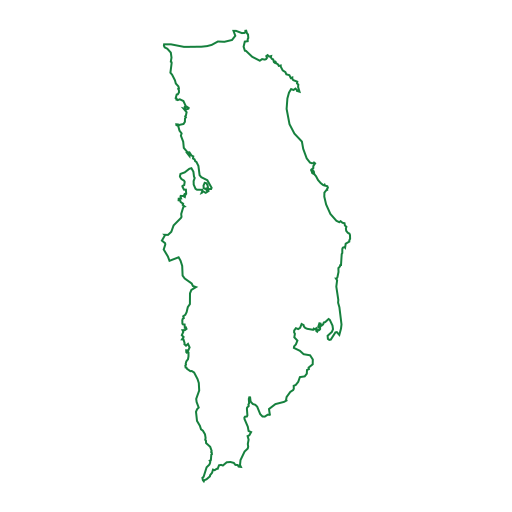 outline of Bangka, Bangka-Belitung, Indonesia
{"feature_id": "22746128B27585215741432", "entity_name": "Bangka", "entity_type": "district", "adm_level": 2, "iso_a3": "IDN", "parent_name": "Indonesia", "parent_adm1": "Bangka-Belitung", "projection": "equal_earth", "projection_center": [105.919, -1.936], "detail": "fine", "context": "isolated", "style": "outline", "palette": "green", "viewbox_px": 512, "rotation_deg": 0, "n_neighbors": 0, "source": "geoboundaries", "source_scale": "gbopen_adm2", "svg_char_len": 6038}
<svg xmlns="http://www.w3.org/2000/svg" viewBox="0 0 512 512"><path d="M336.8,332.1L339.3,334.9L341.0,328.6L341.5,324.5L339.4,307.3L338.1,302.7L338.3,299.9L336.3,286.6L337.1,280.3L336.0,278.6L336.6,278.6L337.4,277.3L338.5,272.0L338.4,268.1L339.9,266.5L340.2,265.2L341.0,265.1L341.7,254.1L342.3,253.0L342.3,249.0L342.8,247.7L344.6,247.0L345.1,247.6L345.7,243.7L349.3,241.6L349.3,240.3L350.1,238.8L350.0,235.1L349.4,233.6L347.8,232.8L346.2,230.8L345.9,228.5L346.4,226.8L344.9,225.5L344.5,223.2L342.5,222.8L340.6,221.2L339.3,222.2L336.4,220.8L330.4,214.0L326.1,204.4L324.3,196.7L324.4,192.6L326.4,190.1L327.2,189.9L327.1,188.8L327.9,187.7L327.3,186.2L324.9,185.6L324.6,184.8L324.1,185.4L323.1,185.0L320.7,183.1L318.0,180.0L316.0,176.2L314.3,174.2L314.0,172.6L313.1,173.6L312.1,172.9L311.9,171.7L313.0,171.7L313.2,170.9L312.8,170.3L311.2,170.3L311.2,169.7L313.3,168.1L313.3,166.1L315.1,163.4L314.1,162.6L313.8,163.2L311.8,163.2L310.0,162.6L306.7,158.4L303.2,148.8L301.9,141.6L294.4,133.6L289.5,124.2L286.6,108.9L287.4,98.4L289.0,92.6L291.1,89.1L293.5,90.0L295.5,88.6L297.0,90.2L297.0,90.9L299.5,91.7L298.1,87.0L298.3,84.6L297.0,83.4L297.3,81.7L293.2,80.1L292.3,78.8L292.3,77.5L290.8,78.1L289.4,75.2L286.3,74.3L285.4,72.1L282.7,70.4L280.7,66.6L280.7,65.5L278.8,65.9L277.9,64.3L275.6,62.9L275.8,62.2L275.2,61.5L274.3,61.4L274.3,62.4L273.9,62.1L273.2,59.4L271.9,58.9L270.8,57.3L271.1,56.1L269.2,56.6L267.6,55.1L266.3,56.1L267.0,57.9L266.1,59.1L264.8,59.6L262.1,59.1L259.8,60.7L252.2,56.8L246.0,50.9L244.9,50.7L243.6,46.7L244.8,41.6L247.7,41.2L247.7,39.1L248.3,38.0L248.0,34.4L247.0,33.4L246.2,30.7L245.4,30.8L245.4,32.1L244.6,32.9L241.9,33.1L236.1,30.9L233.5,30.9L235.3,35.8L232.0,40.0L224.4,41.8L217.9,41.5L211.7,44.9L207.1,46.1L201.6,46.7L184.1,46.9L170.8,44.3L164.1,44.3L163.9,45.7L164.7,47.4L167.3,48.7L170.8,52.6L171.5,57.6L170.8,61.7L171.6,62.3L171.6,63.3L170.4,72.7L172.1,74.7L175.0,80.4L175.8,83.5L178.4,86.4L178.9,88.3L178.2,88.9L178.9,90.0L179.0,92.3L177.8,94.3L176.7,94.5L175.7,98.1L176.6,98.6L176.4,99.6L177.7,100.1L179.8,99.3L183.4,101.0L185.8,106.2L184.8,106.7L184.9,107.6L186.8,106.7L188.7,108.0L188.4,108.7L186.6,109.3L183.5,108.5L186.6,112.2L185.9,115.5L185.2,116.3L185.9,117.3L185.0,118.5L184.9,121.8L183.5,124.0L179.3,124.9L178.3,126.3L179.5,130.7L181.6,133.4L180.9,135.7L183.2,141.7L183.8,147.9L187.6,152.4L189.4,152.3L191.5,155.5L193.3,156.4L193.0,158.5L194.6,159.4L195.2,161.2L196.4,161.9L198.4,165.9L199.6,175.2L201.3,177.2L207.3,180.2L211.6,187.8L211.1,189.0L205.9,189.2L207.4,191.0L209.2,190.6L205.7,192.8L202.5,191.1L202.0,192.7L201.6,192.9L202.5,190.7L202.2,189.8L196.9,189.7L195.5,188.8L193.7,184.6L193.6,181.1L194.7,178.0L194.0,176.6L193.4,171.7L191.4,168.2L189.3,168.8L184.7,172.4L180.5,173.9L179.9,176.2L180.2,177.1L181.4,179.0L184.1,180.7L184.7,181.9L184.2,185.1L182.5,185.9L182.4,186.6L184.0,189.7L185.9,189.7L186.2,193.8L185.8,194.4L184.7,194.0L184.3,194.5L185.0,196.1L184.8,197.0L183.2,196.0L180.7,195.9L180.5,196.7L181.1,198.5L178.7,198.7L178.6,200.3L180.2,200.6L180.7,202.1L183.1,203.7L182.7,204.9L184.5,206.4L183.5,206.6L182.7,209.0L181.2,214.0L181.5,216.9L180.9,218.0L173.6,225.4L171.3,231.8L168.0,234.9L164.6,234.8L165.0,235.2L161.9,240.6L165.1,243.2L165.3,244.5L163.7,249.5L167.9,256.5L169.5,260.8L178.6,257.3L180.5,260.6L182.2,265.9L182.6,275.6L184.7,278.5L191.7,283.5L192.9,286.0L196.0,287.1L191.4,289.9L190.0,293.3L189.9,304.1L187.8,307.1L186.6,312.2L185.3,314.8L183.2,316.3L183.8,318.1L182.7,318.9L182.3,320.2L182.4,323.7L183.0,324.4L184.6,324.5L184.8,327.7L185.9,327.4L186.5,328.9L184.9,330.1L182.5,330.2L183.3,331.9L181.8,335.2L183.6,337.0L182.0,339.4L183.5,339.5L184.6,343.1L184.4,344.2L186.0,345.7L188.0,343.9L189.6,347.4L188.3,350.4L186.2,350.3L186.3,352.2L186.8,352.7L187.9,352.1L188.5,352.5L188.5,356.3L188.0,359.2L186.3,361.4L185.7,363.8L186.0,364.7L185.3,365.6L185.6,367.5L186.5,367.7L187.0,368.8L190.4,371.2L191.7,371.0L194.1,372.5L197.5,379.0L198.8,383.0L199.2,390.5L196.2,398.9L196.6,402.0L198.7,407.6L197.1,409.2L196.0,411.8L197.0,420.9L199.9,425.8L201.0,429.3L202.9,430.7L205.0,434.3L205.6,438.0L205.2,439.8L205.9,440.5L206.1,443.1L210.2,446.8L211.6,450.8L211.2,452.0L211.7,452.3L211.9,454.2L211.3,454.6L210.9,460.0L209.8,460.7L210.3,461.2L210.1,462.8L209.4,464.6L206.6,467.3L203.6,476.8L202.4,477.8L202.9,480.2L203.8,481.3L204.3,480.2L206.5,479.3L209.9,476.4L210.1,475.2L212.1,472.7L213.0,469.6L214.6,470.2L216.7,468.8L217.7,468.8L219.0,465.3L221.1,464.9L222.9,465.5L226.7,462.3L230.4,462.0L233.8,462.9L235.4,464.9L237.7,465.0L238.6,466.6L240.9,466.9L240.0,465.0L240.5,460.1L244.6,451.5L247.7,448.6L248.2,446.7L247.8,444.0L248.6,439.7L247.6,436.1L249.3,435.3L251.1,432.1L248.6,431.0L247.8,426.7L244.5,419.0L244.4,417.6L245.0,416.7L246.9,416.5L247.4,415.4L246.9,408.8L247.1,407.6L248.7,406.0L248.4,404.4L249.1,403.4L248.8,398.9L249.3,397.3L250.1,397.4L250.6,401.6L252.8,404.0L255.3,404.8L257.2,406.7L260.2,414.1L262.5,416.5L264.8,416.6L267.7,414.7L270.5,414.9L269.8,414.5L269.0,409.0L275.4,404.1L284.0,401.9L286.5,400.5L286.1,399.6L286.6,397.0L290.3,391.9L293.2,390.0L293.8,388.7L293.7,385.8L295.7,385.0L298.2,381.9L299.9,377.1L304.7,376.4L306.8,373.7L307.0,370.0L308.9,369.1L308.6,367.6L312.7,364.3L312.8,359.5L310.1,355.3L303.6,354.2L299.9,350.8L293.9,347.9L294.1,346.4L295.9,344.4L297.4,340.6L294.3,337.3L294.9,333.8L294.1,332.3L294.2,330.5L295.9,328.2L298.2,329.1L300.1,327.8L301.6,324.0L303.6,325.1L303.9,326.5L305.3,328.0L307.2,328.8L313.1,329.8L313.8,328.6L315.0,329.4L316.2,328.3L316.9,329.9L316.4,331.0L317.2,331.7L318.3,330.0L319.2,330.1L320.1,329.1L320.1,326.9L318.4,327.5L318.2,327.0L319.4,323.3L320.6,323.6L320.7,325.7L321.4,325.8L323.1,324.4L323.8,322.5L325.2,322.1L328.6,319.0L329.8,319.9L332.5,325.6L333.0,329.2L331.9,331.9L327.6,335.8L327.9,338.9L329.3,339.9L330.8,339.6L335.4,332.4L336.8,332.1ZM208.0,188.0L207.6,185.4L206.5,183.3L204.7,182.8L203.5,185.6L203.7,188.2L205.0,188.8L208.0,188.0ZM189.1,152.6L187.0,152.9L189.5,156.1L189.6,154.1L189.1,152.6ZM177.1,125.4L177.5,124.4L176.3,124.3L176.4,125.1L177.1,125.4Z" fill="none" stroke="#15803d" stroke-width="2"/></svg>